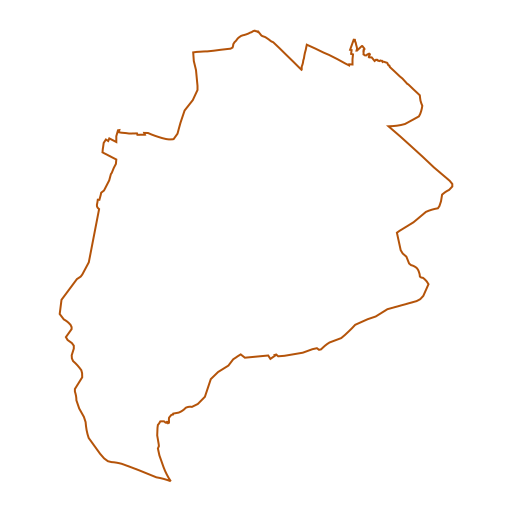 outline of Zorlentu Mare, Caras-Severin, Romania
{"feature_id": "2599482B11018048570777", "entity_name": "Zorlentu Mare", "entity_type": "district", "adm_level": 2, "iso_a3": "ROU", "parent_name": "Romania", "parent_adm1": "Caras-Severin", "projection": "orthographic", "projection_center": [21.979, 45.459], "detail": "fine", "context": "isolated", "style": "outline", "palette": "amber", "viewbox_px": 512, "rotation_deg": 0, "n_neighbors": 0, "source": "geoboundaries", "source_scale": "gbopen_adm2", "svg_char_len": 5320}
<svg xmlns="http://www.w3.org/2000/svg" viewBox="0 0 512 512"><path d="M428.5,284.2L427.6,282.8L426.7,281.4L425.5,280.1L424.3,278.9L422.9,277.8L422.0,277.7L421.2,277.5L420.5,277.1L419.9,276.5L419.6,274.2L419.3,273.2L419.0,272.2L418.6,271.1L418.2,270.1L417.6,269.2L417.0,268.3L415.7,267.2L414.2,266.3L412.7,265.6L411.0,265.1L409.1,263.5L406.4,256.7L402.7,253.5L400.7,250.2L396.9,232.7L399.6,230.8L413.6,222.2L425.9,211.9L428.8,210.7L431.8,209.7L434.8,208.9L437.9,208.3L439.4,206.1L441.0,201.3L442.1,194.6L443.7,193.3L445.4,192.0L447.2,190.9L449.1,189.9L452.3,186.5L452.3,184.0L449.7,180.8L433.8,167.3L422.7,156.8L411.4,146.5L400.1,136.3L388.5,126.3L392.7,126.1L396.9,125.7L401.0,125.0L405.0,124.0L418.9,116.4L420.2,113.9L421.1,111.3L421.8,108.6L422.3,105.8L421.3,103.3L420.5,100.7L420.1,98.0L419.8,95.3L417.8,93.4L413.5,89.4L408.2,84.3L407.4,84.0L405.7,82.1L402.4,78.5L399.8,76.4L393.7,70.6L389.9,67.1L389.9,66.9L389.6,66.5L389.5,65.9L389.4,65.6L389.1,65.4L388.8,65.3L388.5,65.3L388.3,65.1L388.0,64.6L387.8,64.3L387.6,63.4L386.9,62.7L385.3,62.3L384.8,62.0L383.5,61.7L382.9,61.7L382.6,61.9L382.4,61.4L382.3,61.1L382.0,60.8L381.3,60.8L380.7,60.7L380.4,60.5L380.1,60.6L379.7,61.0L379.4,61.1L378.3,60.7L378.0,60.7L377.7,60.5L377.6,60.2L377.5,59.9L377.3,59.8L376.7,60.0L376.1,59.7L375.7,59.9L375.3,60.4L374.6,61.0L371.7,57.4L371.2,57.4L370.9,57.3L370.3,57.4L369.6,57.4L369.0,57.3L368.8,57.1L368.9,56.3L369.5,55.3L369.9,54.4L369.8,54.1L369.3,53.7L369.0,53.7L368.4,54.0L367.7,54.3L367.4,54.4L367.0,54.8L366.6,55.1L366.3,55.4L365.9,55.4L365.2,55.4L364.7,55.3L364.2,54.8L363.5,54.4L363.6,52.9L363.4,51.7L363.9,50.9L363.7,50.4L363.5,50.1L364.0,49.5L364.5,49.0L364.2,48.4L362.7,46.5L362.4,46.1L362.0,46.0L361.1,46.7L357.0,50.6L356.5,50.6L356.6,50.2L357.0,49.1L357.0,48.2L356.7,46.7L356.2,45.0L355.8,43.1L355.6,42.2L355.2,41.9L355.0,41.3L355.0,40.7L355.0,40.2L354.9,39.8L353.7,39.7L350.1,49.8L351.6,50.1L351.1,53.9L353.0,54.4L352.5,59.2L352.5,64.5L349.2,64.3L349.1,65.4L345.3,63.5L337.5,59.2L329.0,54.9L323.6,52.6L315.4,48.6L306.8,44.7L306.2,47.5L305.9,49.1L305.7,50.0L304.9,52.9L304.4,55.4L303.9,58.5L303.3,60.3L303.1,61.7L303.0,62.5L302.7,63.7L302.5,64.4L302.1,65.6L301.7,66.6L301.7,69.6L301.5,69.8L298.9,67.3L293.5,61.9L286.2,54.8L279.6,48.3L275.5,44.4L273.4,42.4L272.6,41.9L272.3,41.8L271.6,41.6L270.6,40.9L268.7,39.4L265.9,37.5L265.0,37.0L262.7,36.2L262.0,35.9L261.3,35.4L258.1,31.4L257.9,31.4L257.7,31.9L256.9,31.5L256.4,31.2L256.1,31.1L255.8,31.1L255.3,31.1L254.8,30.9L254.7,30.7L254.1,30.8L253.3,31.1L252.7,31.4L252.3,31.7L251.5,32.2L250.2,32.6L248.3,33.6L246.4,34.3L245.9,34.5L244.8,34.8L244.3,35.0L243.2,35.2L242.0,35.6L241.1,35.9L238.8,37.5L237.8,38.4L237.0,39.4L236.3,40.4L235.6,41.2L234.6,42.1L233.9,43.2L233.3,44.2L233.1,45.7L232.8,46.8L232.5,47.6L232.1,47.8L230.5,48.7L228.4,48.9L220.5,49.8L213.8,50.7L209.1,51.2L207.2,51.4L205.3,51.4L203.2,51.5L200.4,51.7L196.7,51.9L193.2,52.4L193.8,61.0L196.0,70.1L197.5,85.9L197.5,90.0L192.8,100.1L184.6,110.5L182.3,117.3L180.5,122.7L179.0,128.1L177.5,133.7L173.6,139.1L172.5,139.3L170.7,139.4L168.9,139.4L167.2,139.2L165.9,139.0L162.2,138.1L158.6,137.0L155.0,135.8L151.5,134.5L148.0,133.0L144.2,132.9L144.9,134.7L137.4,134.8L137.0,133.4L132.1,133.5L128.8,133.5L126.1,133.1L121.4,132.7L118.7,132.2L119.3,130.1L118.0,130.3L116.3,136.2L116.3,142.0L109.3,138.4L108.2,141.0L105.9,139.5L103.7,142.9L103.0,147.9L102.8,148.9L102.5,152.4L116.3,159.5L116.1,161.7L115.9,163.9L114.0,167.5L113.5,168.6L111.8,172.8L110.9,174.1L109.2,180.4L104.0,190.5L101.2,192.7L100.7,195.0L99.4,199.8L97.8,199.7L97.4,202.3L96.9,204.9L97.0,206.4L97.7,207.8L99.1,209.1L88.8,262.3L82.3,274.5L80.7,276.6L76.9,279.1L61.5,299.8L59.7,314.0L63.8,319.4L65.5,320.4L67.2,321.6L68.7,322.9L70.1,324.4L70.4,324.6L71.6,327.1L71.6,329.1L65.9,337.1L67.6,340.0L71.9,343.1L73.8,345.7L73.8,348.6L71.7,355.3L71.9,358.4L73.1,361.1L75.4,363.2L77.5,365.4L79.5,367.8L81.3,370.2L82.1,373.2L82.2,377.3L74.9,389.0L74.9,391.5L75.5,393.6L76.0,395.8L76.3,398.1L76.4,400.3L79.2,408.5L83.9,416.9L85.6,422.1L86.0,426.1L86.6,430.1L87.5,434.1L88.7,438.0L100.1,453.8L104.1,458.4L107.9,461.2L111.5,462.1L114.1,462.3L116.7,462.7L119.2,463.2L121.7,463.8L130.4,467.0L139.1,470.3L147.7,473.8L156.3,477.3L160.0,478.0L163.7,478.9L167.3,480.0L170.7,481.2L170.8,481.3L168.7,478.0L166.8,474.5L165.1,471.0L163.6,467.3L159.4,455.4L157.9,448.5L158.9,446.1L158.7,444.2L157.2,435.4L157.5,427.8L157.9,424.9L159.0,423.6L160.3,421.4L161.7,421.3L163.3,421.3L164.1,421.4L165.3,422.4L165.5,422.6L166.8,422.8L167.1,422.1L167.1,421.9L167.4,421.9L167.5,422.3L167.8,422.5L168.1,422.8L168.2,423.1L168.6,422.9L169.0,422.7L168.9,419.0L169.1,417.6L171.1,415.2L171.4,414.9L173.0,414.5L173.0,414.0L173.2,413.6L178.7,412.6L180.7,411.7L182.5,410.6L184.1,409.4L185.0,408.5L185.9,407.7L186.1,407.6L187.5,407.1L189.0,406.8L190.4,406.7L191.9,406.9L197.8,404.0L204.9,396.8L210.8,379.1L218.1,372.0L228.4,365.6L233.2,359.3L236.1,357.4L237.5,356.4L240.7,354.4L244.9,357.7L255.5,356.7L268.2,355.5L270.4,358.9L275.0,355.7L274.6,355.0L276.2,354.5L276.7,355.0L278.2,356.3L284.5,355.8L302.8,352.7L312.4,349.2L316.9,348.2L319.0,349.8L321.0,349.4L323.0,347.5L325.0,345.7L327.2,344.0L329.5,342.5L341.2,338.1L344.9,335.0L348.4,331.7L351.9,328.3L355.2,324.8L367.7,319.2L375.7,316.5L387.4,309.2L416.6,301.1L420.2,299.2L423.3,295.9L428.5,284.2Z" fill="none" stroke="#b45309" stroke-width="2"/></svg>